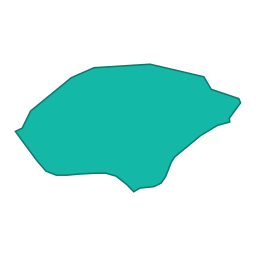 SVG path tracing the border of Cardiff
{"feature_id": "GBR-2116", "entity_name": "Cardiff", "entity_type": "Unitary Authority (wales)", "adm_level": 1, "iso_a3": "GBR", "parent_name": "United Kingdom", "parent_adm1": "", "projection": "natural_earth1", "projection_center": [-3.176, 51.503], "detail": "fine", "context": "isolated", "style": "filled", "palette": "teal", "viewbox_px": 256, "rotation_deg": 0, "n_neighbors": 0, "source": "natural_earth", "source_scale": "10m", "svg_char_len": 532}
<svg xmlns="http://www.w3.org/2000/svg" viewBox="0 0 256 256"><path d="M229.8,122.0L217.4,125.4L200.7,135.5L174.7,156.9L171.3,162.2L165.5,176.9L161.1,183.1L154.0,186.6L139.8,188.1L134.1,191.6L133.8,191.8L126.8,184.6L126.6,184.4L116.2,176.2L105.8,173.2L95.4,173.2L78.7,174.1L66.7,175.2L56.3,175.2L45.9,171.1L37.1,160.9L21.9,140.4L15.4,131.4L22.2,128.1L30.6,111.0L71.3,77.7L79.1,74.2L94.0,67.7L150.0,64.2L203.9,76.8L211.3,89.4L238.8,98.6L240.6,102.9L229.3,118.2L229.8,122.0Z" fill="#14b8a6" stroke="#0f766e" stroke-width="1.5"/></svg>